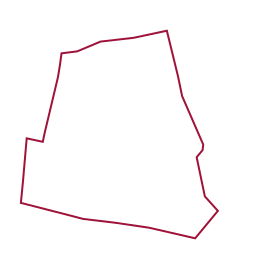 outline of Trigg, Kentucky, United States of America, rotated 97°
{"feature_id": "52423323B54823205349371", "entity_name": "Trigg", "entity_type": "district", "adm_level": 2, "iso_a3": "USA", "parent_name": "United States of America", "parent_adm1": "Kentucky", "projection": "equal_earth", "projection_center": [-87.889, 36.818], "detail": "fine", "context": "isolated", "style": "outline", "palette": "rose", "viewbox_px": 256, "rotation_deg": 97, "n_neighbors": 0, "source": "geoboundaries", "source_scale": "gbopen_adm2", "svg_char_len": 446}
<svg xmlns="http://www.w3.org/2000/svg" viewBox="0 0 256 256"><g transform="rotate(97 128 128)"><path d="M62.0,203.1L72.5,203.2L85.9,203.7L142.9,210.1L152.1,210.9L150.6,227.3L194.8,225.7L215.4,225.2L220.0,189.5L223.7,161.4L223.6,129.1L224.4,95.0L229.3,47.9L199.3,28.7L186.5,43.4L148.6,56.3L140.9,51.3L135.3,51.3L89.7,78.2L70.5,84.7L26.7,101.3L37.8,133.4L45.6,165.9L58.1,187.7L62.0,203.1Z" fill="none" stroke="#9f1239" stroke-width="2"/></g></svg>